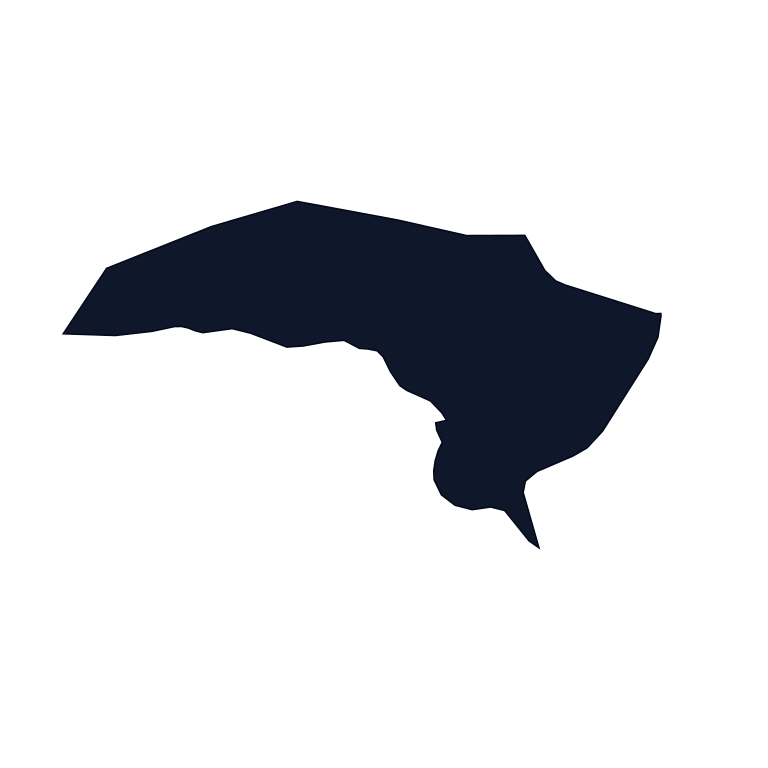 SVG path tracing the border of Moyo, rotated 70°
{"feature_id": "UGA-3085", "entity_name": "Moyo", "entity_type": "District", "adm_level": 1, "iso_a3": "UGA", "parent_name": "Uganda", "parent_adm1": "", "projection": "natural_earth1", "projection_center": [31.745, 3.481], "detail": "fine", "context": "isolated", "style": "filled", "palette": "ink", "viewbox_px": 768, "rotation_deg": 70, "n_neighbors": 0, "source": "natural_earth", "source_scale": "10m", "svg_char_len": 889}
<svg xmlns="http://www.w3.org/2000/svg" viewBox="0 0 768 768"><g transform="rotate(70 384 384)"><path d="M429.3,108.2L433.7,110.5L451.0,127.3L503.0,194.6L513.5,215.0L516.3,231.0L518.5,270.0L523.6,284.3L533.5,290.3L591.0,294.4L581.2,301.3L544.2,313.9L536.1,325.8L532.3,344.1L522.2,358.8L507.8,368.0L491.2,369.7L482.6,367.0L473.7,362.2L465.3,356.0L458.7,349.2L445.5,350.3L438.1,348.7L439.6,337.7L431.2,339.4L415.9,346.1L398.0,364.6L390.9,369.7L374.3,373.8L358.2,375.5L350.5,379.1L345.7,387.0L342.1,395.0L329.3,406.6L324.3,425.4L320.7,446.8L316.1,462.7L290.8,491.8L280.1,507.6L273.8,536.8L269.4,543.2L264.4,548.9L260.7,554.6L258.4,561.3L255.2,584.0L246.6,619.8L227.1,668.3L180.4,605.1L177.0,492.3L182.7,403.1L234.9,314.5L272.7,255.7L292.5,200.8L332.4,194.0L345.8,187.4L352.6,180.3L410.8,104.6L412.4,99.7L414.6,100.3L429.3,108.2Z" fill="#0f172a" stroke="#020617" stroke-width="1.5"/></g></svg>